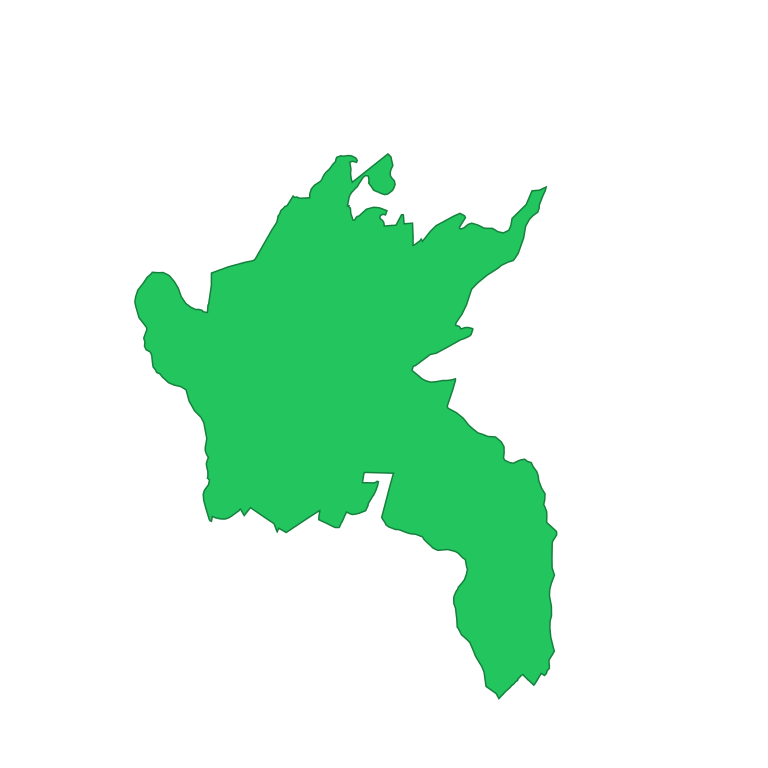 Lipova, Arad, Romania (Natural Earth projection), rotated 293°
{"feature_id": "2599482B25282375738521", "entity_name": "Lipova", "entity_type": "district", "adm_level": 2, "iso_a3": "ROU", "parent_name": "Romania", "parent_adm1": "Arad", "projection": "natural_earth1", "projection_center": [21.695, 46.061], "detail": "fine", "context": "isolated", "style": "filled", "palette": "green", "viewbox_px": 768, "rotation_deg": 293, "n_neighbors": 0, "source": "geoboundaries", "source_scale": "gbopen_adm2", "svg_char_len": 6159}
<svg xmlns="http://www.w3.org/2000/svg" viewBox="0 0 768 768"><g transform="rotate(293 384 384)"><path d="M204.6,645.2L206.7,643.5L216.0,636.5L224.7,631.8L230.7,629.5L236.0,628.8L244.7,625.0L253.8,619.0L259.5,616.9L265.8,615.9L274.6,615.6L280.6,610.5L289.7,606.5L302.8,601.2L305.0,600.7L312.4,601.9L315.1,600.8L316.0,599.6L320.0,588.1L321.3,587.3L325.4,585.8L330.1,583.6L334.4,579.4L335.5,578.1L340.3,577.2L345.9,575.1L349.3,570.2L351.7,567.8L355.8,564.0L359.5,562.0L363.0,558.9L366.3,553.4L369.2,550.3L368.8,546.4L369.7,542.8L367.7,539.7L365.4,537.3L361.5,533.9L360.8,530.0L361.0,524.9L362.7,522.9L367.5,521.5L373.1,519.0L376.5,514.7L378.8,507.3L376.3,500.2L376.2,494.7L375.7,489.5L377.5,483.1L379.1,478.3L383.4,470.4L385.9,461.8L386.7,452.5L388.1,450.9L406.0,449.5L415.5,448.3L416.7,447.7L414.1,444.5L411.5,439.9L410.4,437.1L405.9,430.1L404.4,427.1L403.8,425.6L403.3,420.9L403.6,417.2L407.5,404.4L411.8,404.0L413.3,405.8L429.3,415.1L432.9,420.2L445.5,430.2L454.7,437.3L457.1,440.1L461.4,443.9L463.6,444.9L469.1,444.4L469.6,444.0L469.0,439.6L467.7,436.7L464.8,433.4L466.4,430.9L466.1,427.0L467.6,426.5L469.4,426.6L478.8,428.5L489.3,429.0L504.1,427.7L505.8,427.7L513.8,430.8L524.5,436.4L532.3,441.8L536.3,444.4L539.0,445.6L544.7,450.6L548.2,454.7L550.5,455.4L556.7,456.5L572.9,455.5L584.7,452.7L592.6,453.6L597.0,455.3L602.3,458.4L606.6,458.1L609.5,457.0L619.1,456.7L625.0,456.9L628.7,456.3L623.1,451.3L619.7,444.8L604.8,444.8L586.4,437.2L579.1,438.9L574.3,438.8L569.7,434.9L568.7,429.2L569.3,425.8L569.6,422.9L567.7,418.4L566.6,415.2L567.0,408.8L566.7,405.1L566.3,401.9L563.8,399.1L559.0,396.6L556.8,394.3L556.6,393.1L557.9,392.2L568.9,394.0L570.3,392.5L570.8,387.3L565.8,382.6L550.1,370.1L542.6,367.0L530.4,363.7L531.9,361.6L530.0,361.2L524.9,358.3L522.9,356.6L531.4,353.0L543.2,347.4L539.3,339.9L547.3,335.7L546.7,334.0L534.8,333.0L532.8,328.8L529.5,322.6L532.7,320.6L534.0,318.6L535.0,315.3L537.6,314.9L539.6,316.4L540.1,318.2L540.2,319.3L544.7,319.0L544.4,311.2L543.7,308.5L542.5,305.2L538.0,299.5L528.8,295.3L527.7,293.8L526.0,293.2L524.5,293.2L523.1,292.5L522.7,291.4L524.7,289.8L527.4,287.3L528.8,286.4L532.7,284.4L533.7,281.9L534.3,282.0L534.2,281.8L533.6,281.6L533.6,280.6L535.1,280.5L542.0,279.0L544.4,278.8L547.5,279.3L552.7,281.2L555.1,282.3L558.5,282.7L565.9,284.0L568.4,285.3L569.3,287.7L568.9,288.6L566.0,290.4L562.9,291.5L560.8,295.1L558.4,298.6L558.3,301.3L558.4,304.0L558.3,306.5L558.3,307.8L558.6,310.6L560.2,313.1L562.9,314.8L565.4,316.1L568.4,316.5L572.1,316.2L575.0,314.2L576.7,310.6L578.0,308.7L580.9,307.2L584.0,306.6L588.5,306.8L595.8,301.6L597.3,297.7L557.3,276.0L559.4,274.1L564.4,271.1L568.9,269.6L574.8,265.9L576.7,267.9L577.3,272.1L579.4,272.0L581.0,269.7L581.3,266.2L581.2,264.2L580.0,261.1L578.8,259.4L577.5,256.8L577.2,255.0L575.3,253.1L574.4,252.0L572.7,251.9L569.7,252.4L566.7,251.2L561.3,250.0L559.8,249.5L557.3,248.3L555.9,247.8L554.1,247.3L551.6,246.9L548.3,246.9L546.6,246.6L545.4,246.1L540.2,242.6L539.1,242.1L535.2,240.9L530.6,241.3L528.1,242.1L526.4,242.9L522.7,235.3L522.0,233.6L522.1,231.0L522.0,230.4L521.1,229.3L520.9,228.7L521.5,226.9L512.7,225.5L510.4,225.2L508.6,223.4L506.0,222.6L504.7,221.8L502.9,221.3L499.8,221.5L496.9,220.8L496.1,221.3L490.7,222.1L482.2,220.6L448.6,216.6L446.5,215.5L441.8,208.6L430.9,194.8L418.7,181.8L407.5,186.5L389.3,191.3L387.8,191.2L380.9,193.5L380.0,190.5L380.1,188.7L380.8,187.7L380.2,184.2L379.4,182.4L378.9,181.8L379.2,176.2L380.7,170.0L385.2,163.2L391.9,157.1L396.3,151.0L399.8,144.1L400.1,141.9L400.3,137.2L398.2,132.6L396.3,127.0L394.7,126.8L389.7,124.3L382.7,123.0L374.2,120.7L367.5,121.3L362.4,122.5L359.1,124.7L349.3,132.6L343.5,143.0L341.7,144.4L332.4,144.9L329.1,147.6L325.3,148.7L322.6,151.6L322.2,155.9L321.5,157.2L319.1,159.3L314.1,162.0L309.5,164.8L307.7,168.1L305.8,170.2L305.8,173.8L303.9,177.0L302.9,180.0L301.0,185.1L301.0,191.4L302.2,198.0L301.3,204.1L292.2,211.2L285.3,220.1L281.8,228.6L277.9,233.3L264.7,242.1L260.6,243.2L256.3,244.1L254.6,244.7L252.9,245.5L250.0,248.0L248.4,250.3L248.2,250.3L248.0,251.0L243.7,251.2L241.6,251.5L240.4,252.0L236.6,254.5L234.7,256.0L230.9,257.7L228.3,258.3L228.3,258.6L227.5,260.7L226.7,261.0L222.7,261.8L215.9,260.2L211.8,260.7L206.5,263.5L200.2,268.4L191.1,276.0L190.2,277.2L190.2,278.8L192.7,278.3L194.8,277.6L195.1,279.5L194.9,280.1L195.6,284.6L196.1,286.7L197.3,289.8L198.3,291.4L200.6,293.7L202.7,295.2L210.9,300.1L212.7,300.4L212.9,300.6L208.3,306.7L218.0,309.4L214.5,326.7L212.5,337.3L206.4,343.1L206.2,343.4L210.1,343.5L209.1,352.0L230.2,365.9L242.3,374.1L242.5,374.4L237.2,375.7L233.6,376.9L233.4,383.9L232.8,394.4L232.9,395.3L234.3,398.7L234.6,398.9L239.5,398.9L240.2,399.2L244.5,399.4L245.3,399.3L251.5,399.5L251.3,403.8L251.5,405.8L253.1,408.6L255.2,411.5L260.2,416.6L266.2,416.8L266.7,416.4L267.9,416.3L276.1,417.4L277.7,417.9L283.1,418.1L288.0,417.8L291.9,417.0L291.7,415.6L289.9,414.5L288.8,412.9L286.2,406.3L284.8,403.3L284.9,402.7L294.4,400.3L295.4,401.6L305.6,427.6L291.6,429.4L260.3,434.0L258.9,435.7L257.0,438.8L255.0,441.1L254.3,444.6L254.6,451.7L255.3,453.1L255.8,455.4L255.9,460.0L256.2,465.1L256.8,468.1L258.1,471.8L258.2,476.6L258.4,479.1L256.5,481.6L254.5,486.8L253.4,490.2L252.3,492.5L252.0,494.8L251.9,498.0L252.4,499.6L254.6,503.5L256.7,507.8L256.9,510.0L257.7,514.7L257.3,518.3L255.3,523.1L254.7,524.5L254.3,527.1L253.5,527.9L247.5,531.8L246.2,533.2L240.7,534.2L235.3,534.5L231.6,533.6L226.0,531.8L224.3,532.0L221.0,531.4L216.0,531.4L213.5,532.1L209.2,534.1L205.5,537.5L195.4,543.2L188.8,546.4L188.0,547.9L183.4,553.4L181.9,558.1L179.7,563.9L173.3,570.6L169.2,574.6L162.3,584.2L158.0,588.6L145.5,596.1L142.8,608.3L139.3,612.7L143.2,614.1L145.5,615.1L145.9,615.1L148.6,616.1L152.9,618.2L156.5,619.5L157.3,620.0L159.2,620.9L161.5,621.5L162.5,622.3L163.1,622.7L164.3,622.8L164.8,622.4L166.9,623.4L168.5,623.9L170.8,625.3L170.8,625.8L169.7,627.5L169.5,628.5L169.1,629.6L168.6,630.3L168.6,630.8L168.0,631.8L167.2,634.7L166.7,635.7L166.2,637.2L165.3,639.5L165.7,639.8L169.5,640.5L179.0,641.8L178.4,645.6L179.6,646.2L181.4,646.6L183.5,646.2L186.9,647.3L187.2,647.0L188.7,646.6L193.2,644.2L194.3,643.8L195.4,643.9L201.0,644.8L204.6,645.2Z" fill="#22c55e" stroke="#15803d" stroke-width="1.5"/></g></svg>